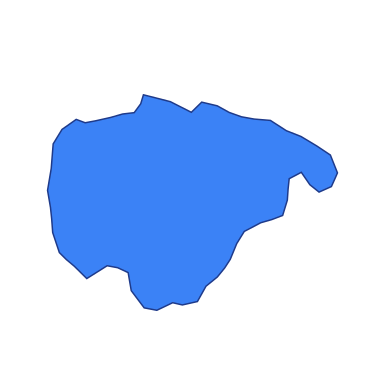 Margo, Cyprus, rotated 254°
{"feature_id": "46923920B73680512248487", "entity_name": "Margo", "entity_type": "district", "adm_level": 2, "iso_a3": "CYP", "parent_name": "Cyprus", "parent_adm1": "", "projection": "albers", "projection_center": [33.485, 35.101], "detail": "fine", "context": "isolated", "style": "filled", "palette": "blue", "viewbox_px": 384, "rotation_deg": 254, "n_neighbors": 0, "source": "geoboundaries", "source_scale": "gbopen_adm2", "svg_char_len": 871}
<svg xmlns="http://www.w3.org/2000/svg" viewBox="0 0 384 384"><g transform="rotate(254 192 192)"><path d="M137.8,67.0L144.5,90.1L139.7,99.7L132.1,108.4L113.9,106.4L93.8,114.1L88.0,125.6L90.9,142.9L86.1,151.6L85.2,167.0L97.6,179.5L103.3,192.9L110.0,202.5L116.7,210.2L130.1,220.8L139.7,231.4L143.5,249.6L143.5,261.2L144.5,272.7L157.9,281.4L168.4,285.2L178.0,289.1L180.8,302.5L166.5,307.3L156.9,314.1L158.8,327.5L166.5,334.0L170.3,337.1L189.4,335.2L201.9,324.6L215.3,312.1L224.9,299.6L239.2,287.1L245.0,271.8L250.7,260.2L258.3,249.6L267.9,240.0L275.7,226.1L268.8,213.3L284.8,196.1L298.6,172.5L298.8,172.1L290.9,167.0L284.2,158.3L286.1,146.8L286.1,134.3L287.0,118.9L288.0,108.4L293.7,100.7L288.0,84.3L276.5,71.8L253.5,63.2L233.4,53.6L216.2,51.7L204.8,49.7L191.4,46.9L170.3,47.8L161.7,52.6L153.1,58.4L137.8,67.0Z" fill="#3b82f6" stroke="#1e3a8a" stroke-width="1.5"/></g></svg>